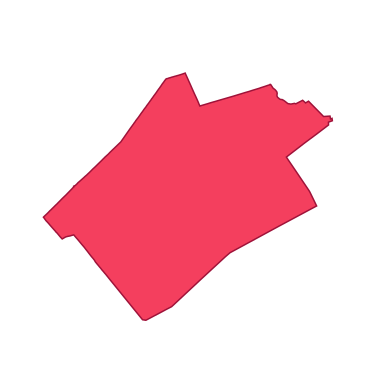 the district of Radoiesti, Teleorman, Romania, rotated 350°
{"feature_id": "2599482B34958569310184", "entity_name": "Radoiesti", "entity_type": "district", "adm_level": 2, "iso_a3": "ROU", "parent_name": "Romania", "parent_adm1": "Teleorman", "projection": "equal_earth", "projection_center": [25.145, 44.144], "detail": "fine", "context": "isolated", "style": "filled", "palette": "rose", "viewbox_px": 384, "rotation_deg": 350, "n_neighbors": 0, "source": "geoboundaries", "source_scale": "gbopen_adm2", "svg_char_len": 3939}
<svg xmlns="http://www.w3.org/2000/svg" viewBox="0 0 384 384"><g transform="rotate(350 192 192)"><path d="M342.6,146.2L342.7,143.8L341.1,144.1L341.1,141.2L334.7,140.5L322.5,122.8L319.3,124.0L316.9,120.9L309.5,123.2L308.3,122.5L304.7,122.6L301.8,121.6L300.7,120.4L299.3,118.8L299.0,118.5L298.4,117.9L297.9,117.4L297.5,117.2L297.2,116.9L297.0,116.7L296.7,116.6L296.0,116.4L295.5,116.3L295.0,116.0L294.5,115.7L294.2,115.4L294.0,115.1L293.7,114.7L293.4,114.4L293.0,113.9L292.7,113.5L292.6,113.2L292.5,112.8L292.4,112.0L292.5,111.3L292.7,110.7L293.0,109.7L293.0,109.2L293.0,108.5L292.9,108.1L292.7,107.6L292.4,107.1L292.2,106.7L291.8,106.0L291.4,105.5L290.7,104.7L290.1,104.1L289.8,103.6L289.6,103.2L289.4,102.8L289.2,102.2L288.7,101.1L288.5,100.7L288.3,100.1L288.2,99.9L288.0,99.7L287.9,99.7L287.5,99.6L287.3,99.8L287.1,99.9L287.0,100.0L286.6,100.0L285.5,100.1L284.9,100.2L284.3,100.3L281.7,100.7L278.0,101.2L276.4,101.5L273.1,101.9L268.2,102.5L265.5,102.9L261.5,103.3L257.5,103.8L252.6,104.4L249.3,104.8L244.6,105.3L241.0,105.7L234.5,106.4L231.1,106.8L226.1,107.3L223.2,107.7L220.5,108.0L216.9,108.4L214.7,108.7L214.1,106.4L213.9,105.3L213.4,103.2L212.5,99.6L212.1,98.1L211.4,95.5L210.6,92.3L210.0,89.9L209.1,86.2L208.1,82.3L207.2,78.7L206.4,75.6L205.9,73.7L205.6,73.8L205.3,73.8L202.9,74.2L202.2,74.3L198.4,74.8L198.0,74.8L197.7,74.8L197.1,74.9L196.6,75.0L196.1,75.0L195.8,75.0L195.3,75.1L194.6,75.1L194.2,75.2L193.1,75.3L192.3,75.4L191.7,75.4L190.9,75.6L190.4,75.6L190.0,75.7L189.6,75.7L189.2,75.7L188.3,75.9L187.7,76.0L187.2,76.0L186.7,76.0L186.4,76.1L186.0,76.2L185.8,76.4L185.4,76.7L184.6,77.5L184.2,77.8L183.7,78.4L183.0,79.0L182.3,79.7L181.4,80.5L180.1,81.9L178.9,83.1L178.2,83.8L177.8,84.2L177.1,84.8L176.1,85.8L175.0,86.9L174.1,87.9L173.6,88.3L172.4,89.5L171.3,90.5L170.7,91.1L169.2,92.6L168.6,93.1L168.3,93.4L167.4,94.4L166.8,94.9L166.2,95.5L165.9,95.8L165.3,96.4L164.5,97.2L163.8,97.8L163.3,98.3L162.4,99.1L161.6,100.0L160.9,100.7L159.9,101.5L159.2,102.2L158.7,102.7L158.1,103.3L157.2,104.2L156.7,104.7L156.2,105.1L155.4,105.9L154.7,106.6L153.7,107.6L152.8,108.5L152.3,109.0L151.9,109.4L151.2,110.0L150.8,110.4L150.4,110.7L149.8,111.3L149.1,111.9L148.5,112.6L147.7,113.4L146.8,114.2L146.1,115.0L145.2,115.8L144.3,116.7L143.7,117.2L143.1,117.9L142.7,118.2L140.5,120.4L132.2,128.7L130.6,130.3L121.5,136.4L118.1,138.7L116.1,140.2L114.0,141.5L112.6,142.4L112.2,142.6L111.9,142.9L110.4,143.9L108.6,145.2L107.0,146.3L104.2,148.2L102.9,149.1L100.7,150.6L98.2,152.2L96.4,153.5L94.1,155.1L92.7,156.0L91.1,157.1L89.7,157.9L88.7,158.5L88.2,158.9L86.7,159.8L83.8,161.6L82.3,162.5L81.4,163.0L80.6,163.7L80.0,164.1L79.4,164.5L78.5,165.1L78.2,165.3L77.9,165.4L77.8,165.5L77.6,165.5L77.3,165.5L77.0,165.6L76.6,165.7L76.4,165.8L76.4,166.0L76.4,166.3L76.5,166.5L75.9,166.8L74.2,168.1L72.4,169.4L70.6,170.7L69.2,171.7L67.0,173.3L65.6,174.2L62.8,176.1L61.7,176.9L59.9,178.2L58.7,179.0L57.1,180.2L55.1,181.5L53.4,182.7L51.2,184.2L50.1,185.0L48.5,186.0L47.2,187.0L44.9,188.6L43.8,189.3L42.3,190.3L41.3,191.0L41.7,191.7L42.3,193.0L42.9,194.2L43.3,195.0L44.1,196.2L44.5,196.8L45.2,197.9L46.3,199.8L48.5,203.4L49.3,204.7L50.7,207.0L51.2,208.0L51.6,208.4L52.4,209.7L54.5,213.4L56.0,215.7L59.8,214.3L61.1,214.2L62.1,214.1L62.6,214.1L63.4,214.1L64.2,214.1L66.7,213.8L68.1,213.7L70.1,217.1L70.9,218.4L74.2,224.2L76.1,227.4L76.7,228.5L77.4,229.9L78.5,231.9L80.2,235.2L81.1,236.9L81.8,238.2L82.4,239.2L83.1,240.4L83.4,240.9L83.6,241.4L84.0,242.0L84.2,242.6L84.6,243.8L84.9,244.4L85.4,245.3L86.0,246.3L86.3,247.0L86.7,247.5L87.0,248.1L87.3,248.6L88.0,249.9L88.7,251.0L89.6,252.8L91.0,255.1L92.1,257.1L92.4,257.5L96.9,265.7L121.1,309.2L124.3,310.3L145.6,303.4L147.8,302.7L152.0,301.4L186.0,279.3L213.7,261.5L218.9,258.4L271.2,240.9L312.3,227.4L310.7,221.7L308.3,213.3L307.8,211.7L306.4,208.5L302.2,199.1L297.7,189.0L292.3,177.0L291.0,174.0L310.8,163.6L326.5,155.7L338.1,149.7L338.5,146.9L342.6,146.2Z" fill="#f43f5e" stroke="#9f1239" stroke-width="1.5"/></g></svg>